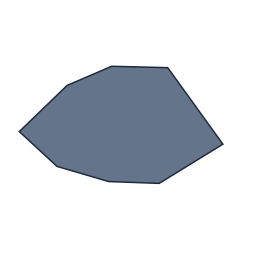 outline of Balzan, rotated 125°
{"feature_id": "MLT-5930", "entity_name": "Balzan", "entity_type": "state/province", "adm_level": 1, "iso_a3": "MLT", "parent_name": "Malta", "parent_adm1": "", "projection": "albers", "projection_center": [14.452, 35.895], "detail": "fine", "context": "isolated", "style": "filled", "palette": "slate", "viewbox_px": 256, "rotation_deg": 125, "n_neighbors": 0, "source": "natural_earth", "source_scale": "10m", "svg_char_len": 272}
<svg xmlns="http://www.w3.org/2000/svg" viewBox="0 0 256 256"><g transform="rotate(125 128 128)"><path d="M86.8,41.0L155.5,70.7L183.0,113.2L200.2,164.1L193.3,215.0L128.0,202.3L86.8,176.8L55.8,130.1L86.8,41.0Z" fill="#64748b" stroke="#1e293b" stroke-width="1.5"/></g></svg>